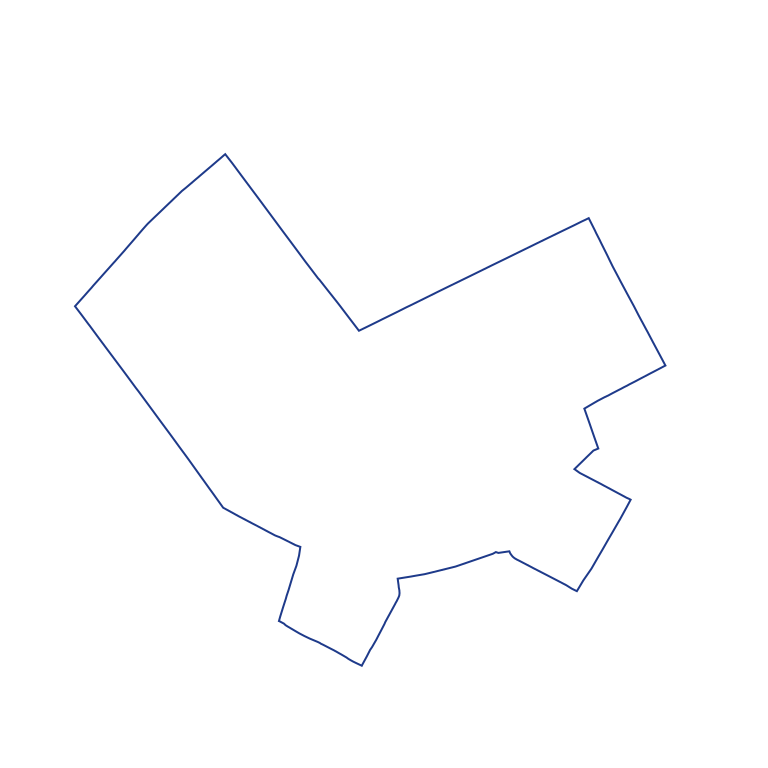 Comuna 7, Ciudad de Buenos Aires, Argentina, rotated 344°
{"feature_id": "61730980B96499416001790", "entity_name": "Comuna 7", "entity_type": "district", "adm_level": 2, "iso_a3": "ARG", "parent_name": "Argentina", "parent_adm1": "Ciudad de Buenos Aires", "projection": "mercator", "projection_center": [-58.45, -34.635], "detail": "fine", "context": "isolated", "style": "outline", "palette": "blue", "viewbox_px": 768, "rotation_deg": 344, "n_neighbors": 0, "source": "geoboundaries", "source_scale": "gbopen_adm2", "svg_char_len": 3934}
<svg xmlns="http://www.w3.org/2000/svg" viewBox="0 0 768 768"><g transform="rotate(344 384 384)"><path d="M108.4,224.1L112.4,234.4L116.4,245.0L117.1,246.7L121.7,259.1L126.3,271.3L132.1,286.6L137.0,299.5L141.4,311.3L144.4,319.4L145.4,321.9L146.0,323.4L152.2,340.1L158.4,356.9L164.5,373.2L169.8,387.7L174.4,400.1L175.2,402.3L179.4,414.1L183.1,424.5L183.8,426.4L187.5,436.8L187.9,437.9L188.6,439.8L194.8,457.2L195.3,458.6L208.0,471.2L219.6,482.3L221.0,483.6L232.3,494.5L234.0,496.1L237.5,499.5L239.7,501.2L241.4,502.4L247.3,507.8L254.4,514.4L256.9,516.2L258.1,517.1L258.7,517.5L255.0,525.6L249.7,534.6L244.3,542.0L235.5,555.7L232.0,560.8L231.1,562.3L230.3,563.6L228.6,566.1L225.2,571.2L219.9,579.3L217.7,582.9L218.0,583.1L218.3,583.4L221.8,586.8L222.9,588.7L223.6,589.5L224.4,590.4L229.8,596.1L231.4,597.8L234.0,600.5L238.1,604.4L242.5,608.3L249.1,613.6L250.9,615.2L251.8,616.3L253.2,617.5L260.0,623.9L263.0,626.7L263.4,627.2L263.7,627.4L266.8,630.6L268.5,632.3L272.6,636.6L274.0,638.4L274.1,638.5L275.9,640.4L277.8,642.3L279.9,644.2L284.9,648.6L285.0,648.7L285.4,648.3L285.6,648.0L286.1,647.5L292.4,641.1L296.7,636.5L297.2,635.9L300.0,633.6L303.5,630.2L306.0,627.8L309.2,624.4L313.3,620.1L318.4,614.7L319.6,613.2L334.3,598.3L335.0,597.5L336.5,596.1L336.8,595.7L337.3,595.2L339.2,593.1L339.8,592.3L340.4,591.5L340.6,591.0L341.3,589.3L341.7,587.4L341.9,586.6L342.2,583.1L342.4,582.4L342.6,581.1L342.9,579.0L343.5,574.9L351.8,575.9L356.7,576.5L361.6,577.0L370.6,578.0L375.0,578.2L380.1,578.4L399.4,579.1L402.5,579.2L414.3,578.6L441.8,577.2L445.2,576.4L447.4,577.9L456.3,579.1L458.4,579.4L458.6,581.3L458.9,582.4L459.1,582.8L459.2,583.2L459.6,584.2L460.0,585.2L460.5,586.0L461.0,586.8L461.6,587.5L462.1,588.2L462.6,588.6L463.4,589.5L463.8,589.8L464.2,590.2L465.2,591.1L475.5,600.9L476.5,601.9L488.0,612.7L497.3,621.5L503.8,627.7L508.1,632.5L511.5,635.6L512.3,636.3L516.6,632.3L521.5,627.7L532.5,618.7L542.2,609.3L548.6,603.2L556.2,595.8L563.2,589.1L572.8,579.8L573.0,579.7L583.6,569.0L589.2,563.2L588.5,562.5L587.6,561.7L585.8,560.2L585.3,559.7L585.1,559.5L573.7,548.4L573.0,547.7L567.1,542.0L564.8,539.7L563.5,538.5L555.4,530.8L547.9,523.7L546.9,522.5L543.6,518.3L557.7,510.7L558.2,510.4L567.0,505.7L572.2,505.1L571.5,493.2L571.1,485.8L570.7,478.2L570.2,469.7L569.8,462.9L572.1,462.3L579.1,460.5L581.8,459.8L583.5,459.4L584.2,459.2L584.5,459.1L585.6,458.9L592.3,457.5L594.4,457.2L595.3,457.0L596.3,456.9L598.4,456.4L601.2,455.8L608.1,454.4L610.3,454.0L613.9,453.2L617.2,452.6L619.7,452.0L626.4,450.7L632.5,449.4L643.6,447.1L644.6,446.9L645.2,446.8L659.6,443.8L656.9,431.1L654.0,417.6L651.7,406.5L651.3,404.8L650.6,401.6L649.2,395.1L649.1,394.8L647.6,387.8L645.7,378.2L642.5,363.7L642.1,361.8L639.7,350.7L639.0,347.2L637.4,339.6L636.7,336.3L636.2,333.9L635.7,331.1L634.9,326.6L634.4,323.6L634.0,321.3L632.0,310.6L631.6,308.5L631.0,304.9L630.6,302.9L629.5,297.3L629.1,294.7L626.5,281.0L623.2,281.6L618.8,282.3L612.3,283.5L610.1,283.9L597.3,286.1L584.1,288.4L569.9,290.9L567.7,291.3L554.8,293.6L545.2,295.3L536.3,296.9L520.8,299.6L506.4,302.2L496.9,303.9L474.2,307.9L462.4,310.0L446.6,312.9L430.6,315.8L426.9,316.4L415.8,318.5L408.6,319.8L406.4,320.2L400.2,321.3L397.1,321.9L385.5,324.0L374.6,325.9L370.3,314.9L369.2,312.1L364.5,300.0L363.5,297.4L361.5,292.4L355.7,278.3L350.6,265.8L349.8,264.4L349.7,264.1L344.2,249.9L342.1,244.6L339.4,237.3L334.2,223.5L328.9,209.5L323.4,194.8L317.3,178.5L316.6,176.6L311.8,163.9L307.4,152.3L304.3,144.1L298.9,129.7L294.7,119.3L287.8,122.5L285.1,123.7L282.3,125.0L270.2,130.5L258.3,135.9L256.6,136.7L247.1,141.0L244.7,142.0L243.8,142.4L243.0,142.7L242.3,143.1L232.8,148.1L231.5,148.8L221.6,154.0L220.5,154.6L208.3,161.0L201.5,164.6L199.8,165.6L196.8,167.5L194.3,169.1L194.0,169.3L191.4,171.0L183.7,176.1L173.4,182.8L171.2,184.3L160.8,190.9L159.3,191.9L157.8,192.8L145.1,200.8L141.8,202.9L131.8,209.2L129.3,210.9L126.4,212.7L119.2,217.3L108.4,224.1Z" fill="none" stroke="#1e3a8a" stroke-width="2"/></g></svg>